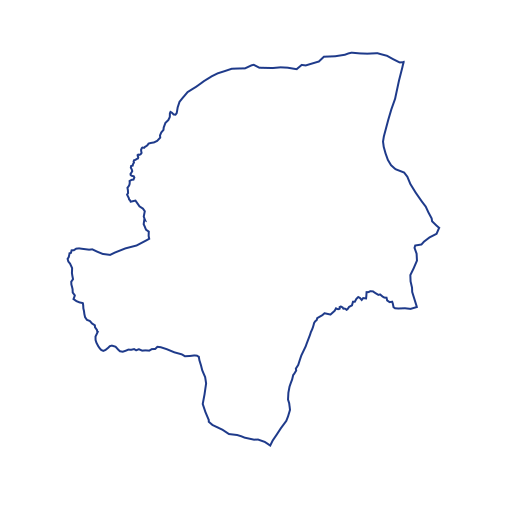 Iringa Urban, Iringa, United Republic of Tanzania (Robinson projection), rotated 347°
{"feature_id": "72390352B98765493528957", "entity_name": "Iringa Urban", "entity_type": "district", "adm_level": 2, "iso_a3": "TZA", "parent_name": "United Republic of Tanzania", "parent_adm1": "Iringa", "projection": "robinson", "projection_center": [35.688, -7.748], "detail": "fine", "context": "isolated", "style": "outline", "palette": "blue", "viewbox_px": 512, "rotation_deg": 347, "n_neighbors": 0, "source": "geoboundaries", "source_scale": "gbopen_adm2", "svg_char_len": 5024}
<svg xmlns="http://www.w3.org/2000/svg" viewBox="0 0 512 512"><g transform="rotate(347 256 256)"><path d="M401.2,340.9L400.1,326.2L400.9,322.0L400.9,315.5L402.1,309.3L406.9,303.4L411.8,296.7L413.0,289.9L412.3,283.7L413.5,281.6L419.8,282.0L422.9,279.8L429.3,276.9L432.1,276.2L436.9,275.0L440.6,270.0L440.8,269.8L438.6,266.8L435.4,261.8L435.6,258.9L433.8,252.3L432.5,246.1L429.8,240.1L425.8,230.1L422.6,220.6L421.3,212.8L419.1,208.0L411.9,203.1L411.0,202.2L408.0,197.9L406.1,192.0L405.3,185.1L405.0,178.4L405.5,173.1L407.5,168.2L415.6,152.9L420.9,143.5L426.9,134.1L428.8,130.0L434.8,117.2L441.0,105.2L442.1,102.9L443.4,100.5L443.5,100.1L443.4,100.1L442.6,100.3L441.7,100.1L439.5,99.7L438.5,98.9L433.8,95.0L428.7,90.4L423.0,87.4L419.9,85.7L410.5,84.0L410.0,83.9L402.9,82.0L394.9,79.4L391.7,79.4L387.9,79.9L378.1,79.2L367.0,77.1L360.9,80.7L359.7,80.7L355.1,81.0L351.8,81.2L347.3,81.5L343.5,80.1L341.2,81.3L337.8,83.0L337.7,83.1L336.6,82.7L329.1,79.6L322.4,77.7L314.5,76.6L301.6,73.3L296.8,69.2L296.0,69.2L294.6,69.2L287.5,70.7L280.3,69.2L274.5,68.1L267.2,68.8L259.8,69.4L253.0,71.0L252.3,71.3L250.5,71.9L245.1,73.7L237.3,77.0L235.6,77.7L231.7,79.0L227.1,80.6L226.2,80.9L225.7,81.3L220.3,85.3L216.2,88.5L213.1,93.6L211.5,97.5L210.8,99.0L209.3,100.2L207.6,99.6L206.3,97.5L205.1,96.4L204.2,97.6L203.3,101.1L202.9,101.6L202.8,101.8L201.8,103.0L201.2,103.8L197.7,105.9L195.0,110.0L194.2,112.3L191.5,114.3L189.6,116.9L189.3,119.1L185.6,121.6L182.1,122.4L180.7,122.3L178.9,122.2L176.6,122.3L175.3,123.5L174.0,124.2L172.3,124.7L171.4,125.4L169.7,124.8L169.0,125.2L167.9,126.7L167.7,128.3L167.7,129.8L166.5,130.9L165.2,131.2L164.1,130.7L163.3,131.1L163.3,132.2L163.5,133.3L162.9,134.4L161.7,134.6L160.4,135.1L159.4,135.3L158.7,135.3L158.0,136.4L158.1,137.5L157.1,138.5L156.6,139.2L156.2,140.2L154.6,140.2L153.9,141.8L154.3,143.2L154.5,144.5L154.5,145.5L153.5,146.6L152.2,147.8L152.1,148.9L152.8,149.8L153.7,150.3L154.8,150.8L155.1,152.2L153.8,154.0L151.9,153.8L149.7,154.5L149.4,156.4L148.7,158.1L148.5,158.3L147.6,159.4L146.1,160.6L146.0,163.0L145.5,165.9L144.2,167.2L144.5,168.5L145.1,171.0L145.1,172.4L145.8,173.4L146.1,174.9L151.0,174.9L153.2,180.3L153.6,181.4L156.5,184.4L157.7,187.4L155.5,192.3L155.7,194.4L156.0,196.2L155.3,195.6L153.7,199.7L154.3,202.7L154.3,203.0L154.8,205.7L157.0,208.1L155.9,212.3L155.8,215.2L152.7,216.1L142.0,218.9L130.5,219.2L119.3,220.9L114.1,222.1L107.1,219.5L102.3,216.1L98.0,212.7L94.8,212.3L88.0,209.8L85.4,208.8L82.5,208.4L79.8,209.4L77.6,209.0L76.4,211.3L75.5,211.4L75.1,211.4L74.9,211.4L74.4,212.7L73.2,215.1L71.8,216.4L71.9,219.2L73.1,221.6L73.6,224.0L74.1,226.4L73.4,229.1L72.8,231.2L72.6,234.1L72.5,237.4L70.2,239.5L69.7,242.2L69.8,245.0L69.8,246.5L69.8,247.1L69.2,250.4L70.6,253.6L70.5,253.9L68.5,256.9L70.9,259.6L73.6,261.5L76.6,262.9L76.7,263.1L76.5,265.3L76.0,268.2L76.0,271.0L75.7,274.0L75.7,277.2L76.9,280.2L78.7,281.4L79.6,282.1L81.0,284.8L83.4,287.3L83.1,289.2L84.4,292.3L84.4,293.3L84.3,294.4L84.6,294.5L81.5,298.4L80.8,301.7L80.8,302.2L80.9,303.1L81.0,304.5L82.0,308.4L83.0,310.9L84.1,312.8L85.9,314.1L88.2,313.7L91.5,312.1L93.2,311.0L95.4,310.9L97.2,311.9L98.4,312.6L98.8,312.9L99.6,314.3L100.3,315.6L100.7,316.3L102.0,318.2L104.6,319.3L107.7,319.0L110.6,318.5L113.2,319.3L113.6,319.3L116.3,319.3L118.0,320.9L120.9,320.5L123.8,322.6L127.1,323.1L130.7,324.2L133.5,323.3L136.9,323.9L139.5,322.3L142.5,323.4L142.9,323.6L147.4,326.3L148.2,326.8L154.8,331.5L161.5,335.1L162.6,336.1L164.2,337.7L169.5,338.6L173.5,339.0L176.0,339.8L177.3,341.1L177.6,341.3L177.4,344.8L177.8,350.3L177.9,355.2L178.4,358.2L179.2,362.5L179.0,365.4L179.0,365.6L178.7,369.0L174.7,379.3L170.8,388.2L171.6,396.6L173.0,404.7L173.1,404.9L173.1,405.0L172.7,406.9L175.6,410.9L184.2,417.7L189.6,423.4L197.4,426.2L201.2,428.4L204.0,430.4L212.7,434.5L216.7,435.3L222.7,439.1L225.0,441.5L226.0,442.6L227.2,443.9L230.8,439.5L236.1,434.6L241.6,429.3L248.4,423.5L251.2,419.4L254.5,413.6L254.9,410.1L254.9,409.9L254.9,409.7L255.0,409.0L255.2,406.9L254.9,403.1L256.8,396.5L259.3,390.8L261.5,387.3L263.4,384.5L265.3,380.7L265.6,380.2L266.7,379.4L269.4,376.6L269.5,374.7L272.6,371.7L275.4,367.0L277.8,363.1L284.1,355.2L285.7,352.7L290.8,345.1L292.0,343.1L292.4,342.4L293.3,341.3L293.4,341.1L293.5,341.0L293.8,340.6L294.0,340.4L295.4,338.3L296.7,336.0L297.5,334.4L298.9,333.0L300.7,332.1L301.7,330.3L305.3,329.2L307.3,328.6L309.9,327.2L315.4,329.8L320.3,327.1L322.2,325.0L323.3,326.0L324.7,326.4L325.7,326.1L326.0,324.6L327.3,324.3L328.8,325.6L329.3,327.0L330.3,327.1L331.4,327.7L332.1,328.8L333.1,328.5L335.3,326.5L338.4,325.7L340.2,322.4L342.0,322.8L344.1,320.4L345.7,319.4L346.4,319.0L347.1,319.6L347.8,320.2L349.1,322.6L351.0,321.1L352.8,321.8L353.7,322.1L354.6,319.5L355.6,316.1L357.6,316.5L357.8,316.4L358.8,316.2L359.4,316.0L362.0,316.8L362.3,317.1L362.6,317.5L364.0,319.0L366.5,321.4L368.3,321.4L370.2,324.0L371.7,325.4L373.8,326.0L373.8,328.8L375.8,331.0L378.4,331.2L378.6,333.2L378.5,336.8L379.7,338.2L382.9,339.2L389.3,340.4L394.7,342.3L401.2,341.9L401.2,340.9Z" fill="none" stroke="#1e3a8a" stroke-width="2"/></g></svg>